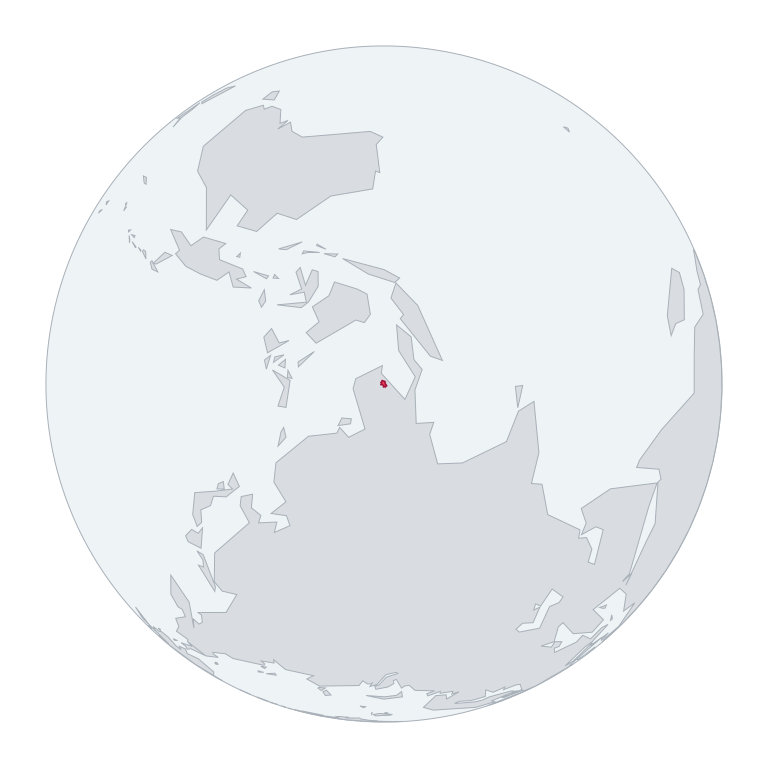 Kâmpóng Spœ on an orthographic globe, rotated 192°
{"feature_id": "KHM-1787", "entity_name": "Kâmpóng Spœ", "entity_type": "Province", "adm_level": 1, "iso_a3": "KHM", "parent_name": "Cambodia", "parent_adm1": "", "projection": "orthographic", "projection_center": [104.227, 11.598], "detail": "fine", "context": "on_globe", "style": "filled", "palette": "rose", "viewbox_px": 768, "rotation_deg": 192, "n_neighbors": 0, "source": "natural_earth", "source_scale": "10m", "svg_char_len": 10225}
<svg xmlns="http://www.w3.org/2000/svg" viewBox="0 0 768 768"><g transform="rotate(192 384 384)"><circle cx="384" cy="384" r="338" fill="#eef3f6" stroke="#a8b0b8"/><path d="M698.8,491.7L698.2,493.9L698.0,494.3L698.8,491.7ZM539.2,83.8L539.8,84.2L552.1,91.3L540.7,85.2L571.4,104.7L580.7,114.2L563.4,99.5L556.4,95.2L559.3,98.9L552.7,95.4L550.4,95.6L542.3,91.5L532.8,84.5L527.4,82.0L529.7,84.9L523.1,83.5L520.5,79.4L508.6,76.7L490.6,66.9L490.1,63.2L480.2,60.1L510.3,70.6L539.2,83.8ZM562.4,97.9L560.0,96.0L564.5,99.2L562.4,97.9ZM551.5,96.4L554.2,98.3L551.8,97.7L551.5,96.4ZM537.2,91.1L532.5,90.1L535.7,89.8L537.2,91.1ZM528.7,88.8L517.4,87.5L522.5,91.1L501.6,81.0L518.1,84.9L521.2,83.6L523.5,86.3L528.7,88.8ZM491.8,76.2L487.7,75.2L490.2,75.0L491.8,76.2ZM461.6,55.1L454.8,53.6L453.2,53.3L449.5,52.5L461.6,55.1ZM438.3,50.5L441.6,51.0L434.4,49.9L431.9,49.5L438.3,50.5ZM429.7,49.2L429.2,49.1L427.0,48.8L426.7,48.8L429.7,49.2ZM430.9,49.6L442.9,51.4L443.4,51.5L430.9,49.6ZM408.4,47.0L409.1,47.0L407.7,46.9L408.4,47.0ZM423.4,48.5L427.6,49.0L428.0,49.1L423.4,48.5ZM409.3,47.1L407.0,46.9L410.1,47.1L409.3,47.1ZM415.6,47.7L415.1,47.8L412.7,47.3L417.4,47.8L415.6,47.7ZM423.1,48.6L424.6,48.8L421.2,48.4L423.1,48.6ZM398.7,46.9L394.9,46.3L401.9,46.6L404.6,47.0L398.7,46.9ZM116.4,177.7L116.3,178.7L114.2,182.3L103.8,196.1L93.2,222.1L102.4,211.7L103.4,228.9L110.9,233.2L132.5,206.8L120.3,199.0L128.8,184.5L147.0,179.1L159.3,187.8L163.0,182.6L164.1,167.2L176.0,160.3L165.6,161.4L163.1,167.5L156.5,168.9L158.3,163.5L162.5,161.0L161.3,156.8L142.0,171.7L137.4,179.5L128.9,177.7L120.4,190.9L114.9,195.4L127.1,174.8L132.9,168.4L148.2,146.0L141.4,152.3L126.5,174.3L127.1,171.7L117.8,182.0L125.4,172.1L143.5,148.0L141.8,148.3L173.4,119.7L172.8,120.2L183.9,112.6L184.3,113.5L201.4,102.4L203.9,101.8L193.1,108.2L185.7,113.9L188.3,118.5L192.6,117.0L203.5,109.8L202.8,112.7L213.1,105.2L220.9,106.0L220.0,99.4L232.8,92.5L244.5,89.3L248.5,86.2L229.6,91.7L222.1,95.2L216.0,99.8L195.6,110.3L192.0,110.8L212.7,96.5L209.8,96.2L227.3,86.7L267.8,75.3L278.2,75.9L268.4,90.0L258.6,92.9L257.2,88.9L246.7,98.5L253.2,94.8L252.6,97.7L264.8,93.2L265.0,95.1L276.3,88.0L277.8,89.9L270.7,94.4L289.9,90.8L296.7,94.5L301.0,92.9L303.6,90.2L310.4,97.5L313.2,96.0L312.1,93.0L317.1,88.5L328.5,83.7L330.2,86.5L326.3,88.5L320.8,97.7L310.2,103.7L312.1,104.5L321.7,100.1L328.4,88.7L334.8,85.2L333.0,90.1L334.1,88.0L337.8,87.2L343.1,89.3L345.7,83.9L384.2,75.1L398.2,79.4L392.3,84.0L421.0,84.2L434.6,91.3L433.5,88.2L446.5,87.6L442.4,85.3L442.9,83.9L474.5,84.1L483.2,87.2L495.6,85.9L495.1,84.6L489.3,82.1L501.6,81.0L522.5,91.1L522.7,93.4L535.7,99.1L534.2,104.0L539.0,111.5L529.9,115.1L534.5,121.6L539.1,123.2L548.8,134.1L552.8,152.7L529.3,130.2L519.2,105.8L521.6,114.5L515.0,110.7L512.2,113.1L514.4,120.0L518.3,121.8L491.0,127.7L484.2,147.4L499.3,147.8L509.0,155.5L514.5,183.6L486.8,220.3L499.4,235.0L500.3,244.2L489.6,248.9L488.0,235.4L477.1,229.8L477.8,222.1L460.1,226.7L460.4,216.0L446.5,225.9L452.0,234.9L467.5,233.9L455.4,248.4L471.3,265.2L473.3,284.5L447.0,317.2L419.9,326.1L418.3,332.3L407.5,324.5L393.2,336.0L413.3,373.0L412.7,383.3L389.4,401.7L388.9,393.9L360.3,373.2L354.9,397.6L376.6,419.7L384.0,444.4L367.3,435.8L359.8,414.1L349.7,406.1L352.5,384.6L344.3,352.1L327.4,356.8L328.8,344.1L314.9,317.0L290.8,323.1L252.3,353.1L246.8,385.4L233.7,398.2L218.2,349.0L219.1,317.3L208.6,318.8L196.7,290.3L162.0,282.1L161.5,273.6L154.0,275.9L146.3,265.7L147.3,252.2L140.6,251.3L139.3,287.1L147.0,288.4L159.5,277.7L157.3,290.0L165.2,303.2L140.6,328.6L96.3,344.0L99.5,319.4L104.5,249.2L108.5,242.7L108.9,241.9L109.4,240.4L102.2,250.7L105.6,237.6L94.8,284.2L89.8,303.8L95.6,345.2L93.2,348.4L97.3,357.8L119.6,354.9L118.1,362.9L103.0,397.1L78.7,439.6L86.3,475.4L91.9,504.3L86.3,518.5L96.5,541.7L95.1,547.0L101.4,559.7L105.7,571.0L109.3,580.1L106.9,577.4L94.0,557.4L82.5,536.6L72.5,515.0L64.1,492.8L57.2,470.1L52.0,446.9L48.4,423.4L46.4,399.7L46.2,376.0L47.6,352.3L50.6,328.7L55.3,305.4L61.7,282.5L69.6,260.1L79.1,238.3L90.1,217.3L102.5,197.0L116.4,177.7ZM164.6,213.0L176.9,218.4L184.6,199.5L190.0,200.4L190.6,194.0L185.1,198.2L188.6,181.5L198.7,178.8L203.9,171.6L200.0,169.5L181.0,177.5L175.8,200.7L167.3,206.6L164.6,213.0ZM215.2,91.3L216.0,90.9L211.9,93.2L210.5,94.1L203.5,98.3L184.3,111.6L177.9,116.3L178.5,115.8L215.2,91.3ZM379.2,46.1L373.1,46.3L376.2,46.3L371.5,47.1L358.6,48.1L363.0,48.1L359.6,49.3L349.0,50.7L352.2,49.4L338.2,52.2L336.4,51.3L334.9,51.7L329.3,51.9L320.0,53.2L320.7,52.7L316.7,53.5L313.0,54.1L307.8,55.2L307.3,55.0L300.9,56.5L304.3,55.6L295.2,57.9L322.9,51.7L350.9,47.7L379.2,46.1ZM397.7,46.4L398.4,46.4L394.1,46.3L395.1,46.5L389.9,46.4L397.0,47.1L382.0,47.3L373.6,47.3L385.2,46.1L383.6,46.1L383.9,46.1L397.7,46.4ZM118.3,178.1L117.9,179.6L118.6,180.4L112.8,187.4L118.3,178.1ZM130.2,161.6L130.8,161.4L122.9,170.7L123.4,169.6L130.2,161.6ZM137.8,154.0L131.4,160.7L135.1,156.4L137.8,154.0ZM194.3,108.1L195.7,108.0L193.2,109.8L189.3,112.0L194.3,108.1ZM307.0,62.5L310.2,60.9L312.2,60.6L323.4,57.6L325.7,58.5L319.8,60.8L307.0,62.5ZM126.6,210.2L120.5,214.1L121.1,210.8L123.1,210.1L126.6,210.2ZM113.3,199.9L113.2,205.6L111.8,201.8L113.3,199.9ZM311.3,63.0L315.7,61.5L314.1,63.0L311.3,63.0ZM327.9,59.2L327.2,60.6L327.3,58.3L327.9,59.2ZM255.0,669.0L262.0,672.9L257.3,672.5L255.0,669.0ZM121.1,509.7L126.6,557.0L118.2,554.4L110.2,538.9L103.6,509.3L111.2,503.7L113.2,491.1L121.1,509.7ZM468.8,503.8L478.8,505.4L478.4,506.9L468.8,503.8ZM458.4,498.2L469.9,499.0L456.3,501.5L458.4,498.2ZM474.3,499.3L486.1,496.7L491.1,494.3L490.2,497.5L474.3,499.3ZM450.5,498.1L407.7,495.9L390.7,490.9L394.7,485.5L422.2,488.3L450.5,498.1ZM393.3,485.3L367.4,467.9L331.8,419.2L344.5,420.9L381.7,451.3L379.3,456.0L395.1,469.5L393.3,485.3ZM456.2,458.9L453.6,473.5L430.0,471.3L419.3,468.4L411.8,449.3L416.0,440.0L424.8,440.7L458.9,409.8L470.8,418.1L460.4,431.4L470.1,444.5L456.2,458.9ZM248.2,388.6L255.0,409.0L248.0,411.4L248.2,388.6ZM472.6,387.7L458.9,401.3L471.3,383.0L472.6,387.7ZM479.8,370.3L480.8,377.5L475.1,370.4L479.8,370.3ZM418.1,342.0L408.7,343.2L408.5,338.1L420.3,333.8L418.1,342.0ZM474.7,301.2L474.8,315.7L473.1,320.6L468.8,311.6L474.7,301.2ZM336.7,75.6L318.5,78.1L307.0,82.1L302.8,86.9L300.9,81.8L318.7,75.7L336.7,75.6ZM378.1,74.5L381.7,71.2L385.3,72.7L385.0,73.6L378.1,74.5ZM376.6,72.5L371.2,68.8L376.6,67.1L379.8,70.3L376.6,72.5ZM340.6,64.0L335.0,64.5L336.5,63.1L340.6,64.0ZM620.4,620.3L620.9,621.8L611.3,631.0L599.4,640.7L591.3,644.7L620.4,620.3ZM547.3,648.8L550.4,639.0L561.7,637.5L554.1,646.5L547.3,648.8ZM628.4,612.9L637.1,603.0L643.8,591.5L638.6,601.7L641.4,601.0L622.6,620.7L628.4,612.9ZM515.3,608.5L450.0,628.2L436.4,625.2L441.4,616.7L432.1,589.9L436.6,590.6L435.6,572.5L475.1,556.8L503.8,526.7L524.0,528.8L540.3,506.7L560.5,508.2L553.4,525.7L573.2,537.1L589.8,497.7L598.5,539.2L610.6,553.4L610.1,579.0L576.3,622.8L559.9,631.6L558.3,627.9L551.1,632.4L542.0,631.0L539.9,617.4L532.7,621.8L540.9,611.3L529.9,620.7L526.5,612.0L515.3,608.5ZM658.3,529.9L660.4,530.8L662.6,537.5L659.3,536.7L658.3,529.9ZM693.1,501.4L693.2,504.6L691.3,505.9L693.1,501.4ZM698.0,494.3L695.8,496.3L698.8,491.7L698.0,494.3ZM673.6,504.3L674.3,506.8L673.3,507.8L673.6,504.3ZM672.8,503.5L674.6,499.2L673.9,503.4L672.8,503.5ZM663.8,482.0L665.5,479.7L666.0,481.4L663.8,482.0ZM493.5,506.0L507.7,495.0L515.2,494.2L493.5,506.0ZM662.0,477.6L658.3,477.4L658.8,475.2L662.0,477.6ZM662.6,472.3L662.3,469.1L664.2,476.4L662.6,472.3ZM655.6,465.7L660.0,471.0L655.0,466.4L655.6,465.7ZM652.8,466.6L649.4,464.3L649.7,463.3L652.8,466.6ZM611.8,472.3L624.8,490.8L613.8,490.6L601.6,479.1L591.1,490.2L568.0,488.5L573.6,481.7L570.7,471.4L546.2,467.1L541.2,460.3L550.1,455.9L533.7,450.3L551.7,447.5L558.9,461.4L569.0,450.7L586.1,453.4L602.3,457.9L615.0,468.1L611.8,472.3ZM551.4,478.0L554.5,478.0L551.7,482.2L551.4,478.0ZM642.9,456.9L647.8,463.4L647.1,465.2L644.7,464.2L642.9,456.9ZM617.9,465.7L631.7,454.0L634.9,454.1L625.7,467.3L617.9,465.7ZM628.6,446.6L634.8,448.1L637.9,454.5L636.6,456.3L628.6,446.6ZM514.6,464.6L513.8,468.4L509.1,465.3L514.6,464.6ZM520.8,462.5L535.0,466.9L519.4,465.7L520.8,462.5ZM476.9,447.9L481.1,457.2L494.6,451.7L484.3,459.8L493.3,475.1L490.2,480.6L481.3,464.2L477.9,480.8L471.9,480.3L468.7,465.9L474.9,448.5L480.8,441.5L505.1,439.2L476.9,447.9ZM520.7,451.3L517.0,440.6L519.8,433.6L523.9,439.3L520.7,451.3ZM505.5,414.9L495.1,402.4L485.9,406.8L504.4,390.3L511.3,404.9L505.5,414.9ZM496.4,387.8L487.8,391.8L496.6,382.2L496.4,387.8ZM485.5,387.6L484.3,379.1L491.2,380.5L485.5,387.6ZM500.9,388.4L502.2,374.1L505.9,382.6L500.9,388.4ZM480.9,360.3L496.0,374.5L476.6,368.0L475.0,340.7L483.1,340.4L480.9,360.3ZM520.9,255.2L518.4,248.0L525.6,246.7L525.3,252.0L520.9,255.2ZM546.5,238.4L526.7,244.1L510.3,249.8L515.8,253.3L513.0,265.5L504.2,253.7L514.9,240.8L527.5,238.8L528.4,229.0L537.0,222.8L533.6,210.7L537.1,205.8L544.0,216.6L546.5,238.4ZM531.6,205.6L528.8,185.3L542.7,189.0L546.5,194.3L541.9,201.8L534.8,199.3L531.6,205.6ZM532.2,181.8L525.4,179.5L506.8,150.8L506.4,146.0L527.8,168.2L522.5,167.5L524.6,174.3L532.2,181.8ZM489.5,76.7L487.8,75.3L491.5,76.8L489.5,76.7ZM440.3,82.6L441.6,80.9L445.9,82.3L440.3,82.6ZM447.5,77.3L441.7,76.9L447.1,76.2L447.5,77.3ZM429.0,76.7L439.1,76.2L430.5,78.4L429.0,76.7Z" fill="#d9dde1" stroke="#a8b0b8" stroke-width="1"/><path d="M382.4,384.2L382.2,384.1L381.8,383.8L381.7,383.7L381.5,383.4L381.4,382.9L381.4,382.7L381.5,382.6L381.5,382.4L381.4,382.4L381.5,382.3L381.5,382.2L381.9,382.2L382.0,382.0L382.2,381.9L382.3,381.8L382.3,381.7L382.4,381.8L382.5,381.8L382.8,381.9L383.1,381.8L383.1,381.7L383.2,381.4L383.3,381.3L383.3,381.2L383.5,381.1L383.8,381.0L383.9,381.4L383.9,381.5L384.0,381.5L384.2,381.8L384.3,382.0L384.5,382.4L384.5,382.5L384.8,382.8L385.1,382.9L385.4,383.0L385.6,383.1L385.9,383.0L386.3,382.8L386.6,382.7L386.8,382.7L387.0,382.7L387.1,382.9L387.1,383.0L386.9,383.1L386.8,383.3L386.7,383.5L386.6,383.9L386.5,384.2L386.5,384.9L386.5,385.0L387.2,385.1L387.0,385.4L386.8,385.6L386.7,386.2L386.6,386.4L386.6,386.6L386.6,386.9L386.4,386.9L386.3,387.0L386.2,387.0L385.9,387.0L385.8,386.9L385.7,386.9L385.4,386.9L385.2,386.8L385.1,386.7L384.6,386.8L384.2,386.8L383.7,386.7L383.3,386.0L383.3,385.9L383.2,385.9L383.3,385.7L383.4,385.4L383.3,385.2L383.2,385.1L383.0,384.8L383.0,384.7L383.0,384.4L382.8,384.3L382.7,384.2L382.4,384.2Z" fill="#f43f5e" stroke="#9f1239" stroke-width="1.5"/></g></svg>